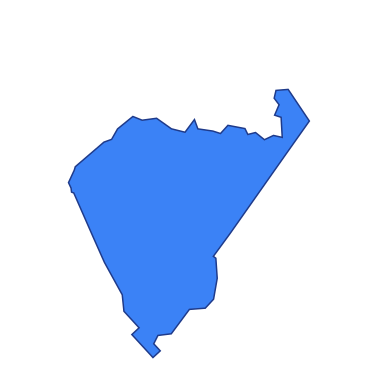 the district of Ascension, Louisiana, United States of America, rotated 318°
{"feature_id": "52423323B72643453207653", "entity_name": "Ascension", "entity_type": "district", "adm_level": 2, "iso_a3": "USA", "parent_name": "United States of America", "parent_adm1": "Louisiana", "projection": "mercator", "projection_center": [-90.876, 30.204], "detail": "fine", "context": "isolated", "style": "filled", "palette": "blue", "viewbox_px": 384, "rotation_deg": 318, "n_neighbors": 0, "source": "geoboundaries", "source_scale": "gbopen_adm2", "svg_char_len": 778}
<svg xmlns="http://www.w3.org/2000/svg" viewBox="0 0 384 384"><g transform="rotate(318 192 192)"><path d="M326.7,217.8L332.1,180.1L322.4,172.7L315.8,177.3L315.1,185.4L304.8,190.2L308.2,196.1L295.6,211.8L290.4,204.5L280.8,201.6L279.0,190.3L272.0,186.6L273.8,180.3L263.3,166.5L252.3,167.6L248.3,160.7L238.6,149.0L242.3,139.8L226.8,142.9L219.0,131.3L215.0,113.5L203.0,105.3L198.6,96.3L178.9,95.3L167.5,99.1L159.9,96.0L122.2,95.1L119.1,97.0L106.5,102.4L104.7,108.2L102.4,111.5L103.5,113.6L88.4,159.3L79.8,185.8L71.4,221.7L61.6,235.1L61.8,257.5L51.9,257.7L52.2,288.9L62.1,288.8L62.0,279.2L70.7,275.8L81.7,283.5L111.5,277.5L124.1,287.2L136.3,286.1L153.0,273.0L165.4,257.2L164.8,254.1L192.2,248.4L287.7,226.6L326.7,217.8Z" fill="#3b82f6" stroke="#1e3a8a" stroke-width="1.5"/></g></svg>